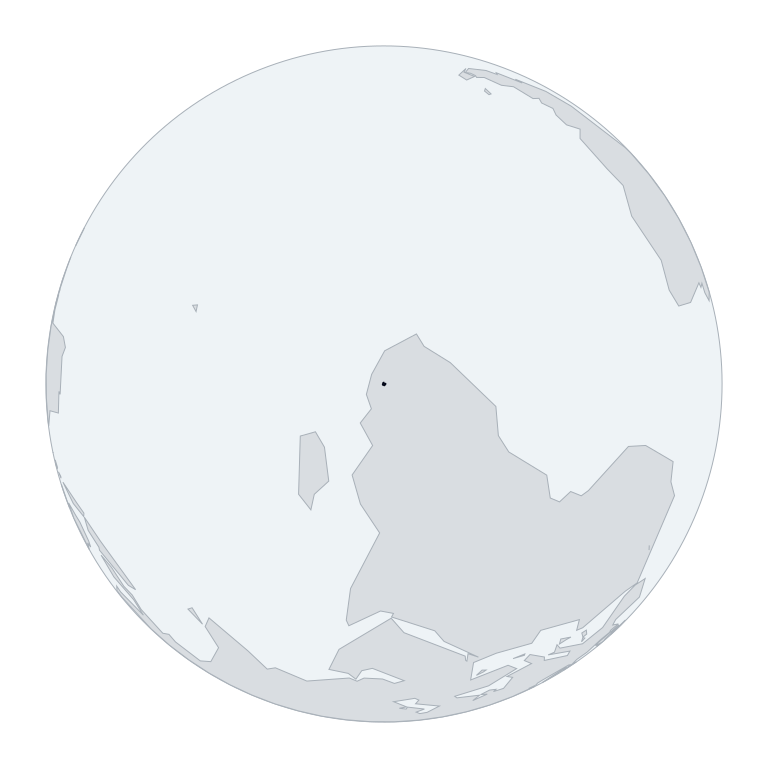 the Earth from above Butha-Buthe, rotated 157°
{"feature_id": "LSO-1211", "entity_name": "Butha-Buthe", "entity_type": "District", "adm_level": 1, "iso_a3": "LSO", "parent_name": "Lesotho", "parent_adm1": "", "projection": "orthographic", "projection_center": [28.556, -28.822], "detail": "fine", "context": "on_globe", "style": "filled", "palette": "ink", "viewbox_px": 768, "rotation_deg": 157, "n_neighbors": 0, "source": "natural_earth", "source_scale": "10m", "svg_char_len": 5220}
<svg xmlns="http://www.w3.org/2000/svg" viewBox="0 0 768 768"><g transform="rotate(157 384 384)"><circle cx="384" cy="384" r="338" fill="#eef3f6" stroke="#a8b0b8"/><path d="M48.9,340.3L48.9,341.1L52.2,333.7L53.0,342.6L52.0,352.5L54.5,349.1L54.6,354.1L69.9,339.3L82.2,340.6L84.8,359.0L80.5,389.5L90.4,441.7L86.3,473.3L94.6,495.0L107.6,533.4L103.9,542.0L114.7,551.2L120.5,564.3L120.8,571.6L129.1,581.1L129.7,586.4L135.3,588.5L148.6,607.0L159.2,613.1L172.0,627.0L179.0,630.0L179.3,632.1L182.9,636.2L187.4,639.0L182.9,641.4L167.6,632.7L158.9,624.7L159.1,626.7L139.2,607.1L144.0,613.2L120.7,590.1L103.1,566.6L69.6,507.3L66.5,499.7L58.3,474.0L52.1,447.7L48.1,421.1L46.2,394.1L46.5,367.2L48.9,340.3ZM194.4,639.1L185.3,642.4L188.5,639.8L180.5,631.7L189.1,631.5L194.4,639.1ZM175.3,616.4L172.1,609.2L174.3,609.3L177.0,614.4L175.3,616.4ZM353.5,47.5L355.4,47.3L342.6,49.6L332.3,51.2L330.4,50.4L315.5,53.1L316.3,52.9L353.5,47.5ZM694.0,249.5L694.3,250.3L708.4,289.9L710.5,298.2L709.0,302.4L707.7,295.6L695.8,265.2L698.7,283.2L708.0,311.9L711.3,337.0L706.5,321.7L702.5,299.4L698.2,288.1L695.6,271.2L685.0,241.0L679.8,237.6L676.7,228.0L661.3,200.9L651.9,196.1L639.3,205.9L643.4,230.6L636.5,237.1L613.6,191.7L602.9,167.2L594.9,165.2L571.1,140.7L530.8,126.9L524.9,120.9L517.3,121.1L500.6,113.0L491.4,104.3L481.3,103.0L505.8,126.8L516.5,128.8L525.2,123.3L530.0,131.6L546.2,142.8L529.1,157.3L468.9,165.6L462.8,147.3L415.6,101.8L416.8,97.8L416.6,97.3L416.0,96.5L412.0,102.9L403.8,95.7L429.3,123.6L433.7,137.0L468.1,166.6L464.9,169.1L475.9,176.4L510.8,175.2L511.0,181.4L494.7,208.8L446.2,248.6L452.6,282.7L448.9,312.7L418.5,331.8L421.1,357.4L405.3,366.1L404.3,381.3L391.6,397.7L370.4,414.3L334.6,417.4L332.4,403.0L314.6,377.7L289.8,319.6L298.9,291.8L295.7,272.7L269.8,236.5L275.5,214.1L268.5,206.9L254.2,212.1L246.1,204.0L237.5,206.0L183.4,231.0L167.2,225.2L148.2,199.6L158.1,181.9L160.2,167.7L228.7,102.0L242.9,99.0L296.3,82.0L302.9,82.0L296.2,90.8L336.0,96.0L349.3,87.6L385.8,92.3L410.4,92.6L419.9,77.7L379.7,76.6L373.1,70.2L405.7,65.3L440.9,68.9L439.5,66.6L417.6,60.2L426.0,57.9L410.1,58.2L416.3,60.3L406.4,61.0L400.2,59.2L403.4,58.1L392.9,57.1L380.2,63.7L385.1,66.7L357.4,69.0L362.9,74.6L355.3,77.9L343.0,70.0L344.5,66.9L321.3,62.4L317.2,65.5L338.8,70.5L331.9,70.5L326.6,76.4L325.2,72.1L302.7,67.3L277.9,74.4L245.6,94.8L231.3,100.8L219.6,102.9L232.1,88.1L262.7,76.7L267.6,72.8L262.0,71.6L271.8,68.7L273.3,67.3L284.9,63.9L301.9,57.8L313.9,55.2L321.2,52.3L328.3,50.9L321.9,52.7L323.9,53.2L353.6,49.6L359.5,48.7L361.9,47.5L369.8,47.2L368.3,46.6L385.7,46.2L363.2,46.7L363.4,46.7L387.7,46.1L412.0,47.2L436.1,50.1L460.0,54.7L483.4,61.0L506.4,69.0L528.7,78.6L550.2,89.8L571.0,102.5L590.7,116.7L609.4,132.2L626.9,149.1L643.1,167.1L658.0,186.3L671.5,206.5L683.6,227.6L694.0,249.5ZM204.9,127.6L203.0,131.6L202.9,131.7L204.9,127.6ZM478.4,82.6L499.3,87.8L489.4,78.0L496.6,79.5L490.6,76.1L488.6,77.4L473.8,69.0L482.6,69.4L479.8,66.6L472.6,64.9L458.8,65.9L479.9,77.3L475.4,79.4L478.4,82.6ZM270.1,65.9L273.8,64.7L269.0,66.7L253.9,72.5L260.7,69.4L270.1,65.9ZM290.9,59.2L284.7,61.1L291.5,60.4L287.7,62.3L261.9,70.5L272.4,66.4L268.2,67.4L280.2,62.9L281.7,61.9L290.9,59.2ZM310.8,78.0L315.9,77.5L324.1,76.1L320.9,80.2L310.8,78.0ZM295.1,74.6L299.8,73.3L299.2,77.5L293.9,78.4L295.1,74.6ZM302.9,69.5L300.1,72.9L298.4,71.6L302.9,69.5ZM326.4,51.9L331.5,51.0L331.8,51.2L328.8,52.0L326.4,51.9ZM412.8,79.7L405.5,82.3L401.8,80.8L405.1,80.1L412.8,79.7ZM360.8,79.4L372.5,80.8L359.8,80.5L360.8,79.4ZM528.7,524.1L529.4,531.2L524.8,529.7L528.7,524.1ZM505.7,315.9L481.4,368.8L465.8,366.8L463.5,349.1L472.8,316.2L491.3,309.7L500.5,296.7L505.7,315.9ZM717.2,434.3L716.6,441.5L716.3,442.7L717.2,434.3ZM718.1,423.4L718.0,430.4L717.6,425.4L718.1,423.4ZM717.8,433.2L717.6,437.3L717.6,437.9L717.2,440.3L717.8,433.2ZM717.9,419.1L713.4,395.2L710.7,382.4L712.2,379.3L716.7,395.4L717.9,419.1ZM711.9,378.5L706.5,350.5L693.0,291.7L698.0,298.6L710.8,342.1L710.2,345.2L713.5,364.8L711.9,378.5ZM721.9,381.9L721.6,386.0L720.8,397.9L719.1,383.6L717.9,375.6L717.2,354.7L717.7,348.5L718.9,353.5L719.9,346.7L721.9,381.9ZM644.9,233.8L652.4,253.4L648.1,253.0L644.9,233.8ZM602.8,641.5L598.7,644.9L601.3,642.5L613.9,631.6L609.0,636.1L602.8,641.5ZM622.6,623.3L630.7,614.6L646.6,596.4L646.0,596.6L651.9,589.9L648.4,593.4L658.0,580.8L665.0,569.4L660.6,552.9L663.0,542.1L669.6,535.2L686.2,501.0L686.1,504.2L695.1,484.5L701.9,489.9L709.0,476.4L708.0,480.1L700.3,502.9L691.1,525.1L680.2,546.6L667.9,567.2L654.2,587.0L639.1,605.7L622.6,623.3ZM715.3,450.6L715.3,450.3L715.4,449.9L715.3,450.6ZM720.9,410.5L720.2,417.8L720.4,414.1L721.5,399.1L721.8,393.0L720.9,410.5Z" fill="#d9dde1" stroke="#a8b0b8" stroke-width="1"/><path d="M384.4,382.5L384.5,382.6L384.6,382.8L384.7,383.1L385.0,383.2L385.1,383.3L385.2,383.6L385.4,383.6L385.4,384.0L385.4,384.3L385.2,384.4L385.0,384.5L384.8,384.8L384.7,385.1L384.6,385.3L384.4,385.3L384.2,385.3L384.0,385.2L383.9,385.3L383.8,385.5L383.7,385.5L383.7,385.4L383.6,385.2L383.7,384.8L383.7,384.7L383.7,384.4L383.4,384.3L383.3,384.2L383.2,384.1L382.9,383.9L382.7,383.9L382.4,383.8L382.4,383.7L382.4,383.4L382.5,383.3L382.8,383.3L382.9,383.2L383.0,383.0L383.1,382.8L383.9,382.8L384.0,382.7L384.3,382.5L384.4,382.5Z" fill="#0f172a" stroke="#020617" stroke-width="1.5"/></g></svg>